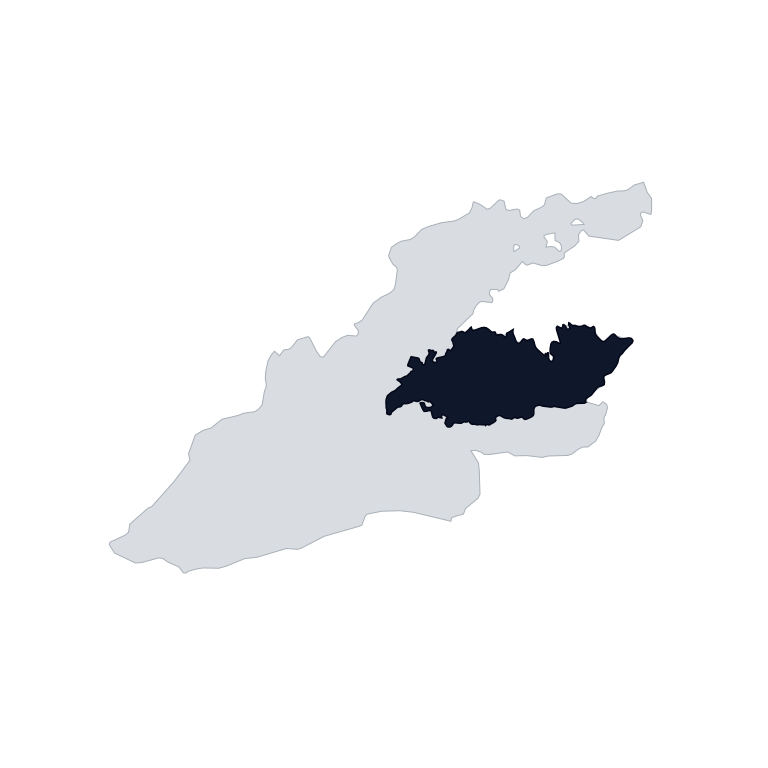 where Jalal-Abad sits in Kyrgyzstan, rotated 164°
{"feature_id": "KGZ-1120", "entity_name": "Jalal-Abad", "entity_type": "Region", "adm_level": 1, "iso_a3": "KGZ", "parent_name": "Kyrgyzstan", "parent_adm1": "", "projection": "albers", "projection_center": [73.017, 41.512], "detail": "fine", "context": "in_parent", "style": "filled", "palette": "ink", "viewbox_px": 768, "rotation_deg": 164, "n_neighbors": 0, "source": "natural_earth", "source_scale": "10m", "svg_char_len": 9824}
<svg xmlns="http://www.w3.org/2000/svg" viewBox="0 0 768 768"><g transform="rotate(164 384 384)"><path d="M175.5,456.4L177.4,455.2L183.3,454.1L195.3,453.2L199.4,454.2L207.5,459.3L213.7,458.8L214.9,459.5L217.2,463.6L226.0,457.7L232.3,455.9L235.6,449.9L242.4,442.6L248.2,441.5L248.3,442.7L249.4,443.8L255.3,445.5L257.1,443.6L258.0,440.9L256.0,436.7L256.0,434.9L257.9,432.4L267.2,436.4L269.3,436.4L273.6,434.1L277.5,430.2L279.0,427.1L298.1,417.0L299.5,415.1L299.2,413.8L291.2,411.5L287.6,412.8L284.2,412.8L282.2,411.3L272.5,410.7L270.4,409.6L263.9,402.3L256.0,397.7L252.1,397.9L247.5,399.8L246.0,398.9L245.8,392.0L244.9,387.8L242.1,386.9L238.6,388.5L228.8,386.1L227.8,377.4L224.2,369.7L219.2,366.6L219.0,362.0L217.3,360.1L215.7,360.6L213.7,362.9L214.6,367.9L213.8,373.0L212.6,375.5L210.3,377.4L207.8,377.4L203.4,374.7L202.4,390.1L201.5,391.0L196.3,388.7L192.0,389.6L185.7,388.5L181.0,385.8L171.8,382.8L167.5,379.8L165.1,369.5L162.6,365.7L160.3,364.9L150.4,368.2L140.5,361.6L135.5,360.1L134.3,358.2L134.6,355.8L150.2,344.9L156.4,337.2L160.3,333.9L169.9,330.7L172.2,323.5L173.1,322.7L182.9,319.4L193.9,313.3L194.1,311.6L193.1,310.0L183.4,304.0L178.5,306.6L175.6,303.1L175.7,299.7L179.1,293.9L181.9,291.0L183.1,285.3L187.1,281.6L191.3,275.6L196.3,270.8L205.4,267.3L210.4,268.6L215.2,267.8L222.6,264.9L227.1,264.7L245.9,269.5L252.1,269.8L266.7,275.9L278.2,278.9L283.8,284.6L302.3,287.2L307.3,288.9L309.2,291.6L314.4,295.1L318.9,295.9L314.9,282.2L316.4,274.0L322.1,251.6L325.1,248.3L340.0,241.8L343.4,237.1L354.1,237.1L356.3,236.2L357.5,233.6L390.9,252.5L403.6,257.8L421.2,262.3L435.9,263.6L438.4,262.3L444.1,254.5L446.8,254.1L483.4,254.1L509.3,248.9L513.1,249.0L523.0,252.8L554.0,252.5L566.2,254.6L585.4,252.4L593.5,252.4L608.5,257.0L613.7,257.8L623.3,258.0L626.8,256.8L629.0,257.9L631.6,264.7L641.3,272.9L644.9,277.4L648.5,279.0L665.8,279.1L672.4,280.5L689.6,295.8L692.4,305.3L690.9,307.5L674.1,310.1L670.4,311.9L666.9,319.4L644.7,329.9L641.3,330.0L611.9,348.7L591.6,364.1L591.1,370.9L579.5,386.9L570.3,389.3L562.3,389.4L549.5,394.8L532.7,394.0L526.9,394.6L515.9,393.0L511.5,394.3L506.9,397.6L500.9,410.1L498.4,413.1L497.3,416.0L496.6,422.0L494.3,428.4L489.2,438.1L484.6,442.8L480.3,445.7L476.6,440.0L471.0,444.3L465.6,443.6L462.4,445.0L455.0,450.3L444.0,450.5L442.7,448.8L440.1,434.9L438.0,428.3L436.3,426.9L434.4,426.8L418.8,438.2L411.5,440.3L405.5,440.8L397.5,437.7L395.8,438.5L394.5,440.3L394.0,442.6L396.4,448.8L395.8,450.0L392.2,450.0L387.3,451.5L372.2,464.7L362.6,468.2L353.7,469.7L348.4,472.1L345.4,476.9L339.6,490.3L339.9,493.0L342.4,496.6L344.3,504.6L343.9,506.7L339.1,513.4L333.0,515.5L328.1,516.5L318.8,515.7L314.0,517.1L305.3,522.2L298.0,523.1L284.4,523.2L271.0,521.3L266.6,521.9L254.7,524.9L250.6,529.5L248.4,533.8L247.2,534.4L242.5,530.4L236.5,523.5L233.5,523.6L222.8,529.1L221.2,528.9L218.2,526.7L218.7,518.0L215.3,516.2L208.0,515.6L205.6,513.7L206.5,508.1L205.7,506.0L203.8,504.3L200.0,504.7L192.4,509.2L183.4,510.6L180.4,512.1L176.7,518.1L164.9,519.0L161.1,517.6L154.2,506.1L148.1,504.2L141.8,504.4L133.3,507.1L131.3,504.6L129.1,503.9L127.1,505.8L116.7,505.8L106.1,505.1L100.1,503.5L96.2,503.5L88.3,506.3L78.8,506.4L78.2,495.8L75.6,488.6L78.9,477.1L80.7,473.4L87.7,478.1L90.2,477.4L91.0,475.2L90.1,469.9L93.9,464.3L119.0,457.4L146.3,469.7L149.7,477.2L152.1,477.0L156.0,473.8L157.3,467.5L162.8,464.1L174.8,460.2L175.5,456.4ZM189.1,482.5L189.7,481.5L187.7,476.0L190.6,470.9L185.0,470.0L182.2,468.4L179.1,463.2L178.1,462.9L176.4,464.3L175.4,467.6L176.1,471.3L180.0,474.9L178.0,482.1L186.2,483.1L189.1,482.5ZM160.1,486.8L159.9,485.3L158.0,484.5L147.7,482.2L148.0,483.7L151.9,489.2L154.9,489.6L160.1,486.8ZM222.0,478.8L222.6,475.4L216.4,477.3L215.6,479.0L217.7,481.2L220.4,482.0L222.0,478.8Z" fill="#d9dde1" stroke="#a8b0b8" stroke-width="1"/><path d="M177.5,322.3L179.8,321.9L187.7,316.2L192.3,314.9L194.4,313.5L195.3,310.8L195.1,310.7L196.5,310.3L203.8,312.1L204.5,312.2L205.3,312.2L207.3,311.6L209.1,310.9L216.0,310.7L217.5,311.2L226.6,315.5L227.4,315.7L228.5,315.5L230.3,315.9L237.5,319.0L238.5,319.6L239.9,320.8L243.4,321.0L244.5,320.8L245.5,320.2L246.8,318.7L247.3,317.3L247.9,315.0L248.3,314.0L248.8,313.1L249.5,312.4L250.8,311.9L251.8,311.6L256.0,311.0L257.7,311.0L258.4,311.2L259.3,312.0L259.9,313.6L260.6,314.0L261.6,314.3L263.3,314.2L265.3,314.3L267.2,315.5L268.1,315.9L270.3,315.1L271.2,315.1L273.0,316.2L276.0,317.3L277.2,318.0L278.3,318.8L280.9,321.6L281.7,321.9L282.6,322.0L284.3,321.8L285.5,321.3L286.1,320.6L286.3,320.0L286.4,318.3L287.4,317.5L288.8,316.9L294.1,315.6L294.6,315.7L295.0,316.2L296.3,316.7L298.0,316.1L298.3,317.1L298.5,317.4L298.8,317.5L299.2,317.4L299.8,317.4L300.5,317.6L303.4,318.7L305.9,319.1L306.5,319.4L307.3,320.2L307.6,320.4L308.6,320.4L309.9,320.8L310.9,321.4L311.7,322.2L312.1,323.2L312.5,324.6L312.7,324.9L312.9,325.0L314.5,324.6L315.0,324.6L317.4,325.5L318.2,325.5L319.9,325.1L320.6,325.0L321.4,325.2L326.5,327.1L327.1,327.2L328.0,327.0L328.4,326.8L329.5,325.6L331.4,324.6L332.2,324.5L333.4,324.7L334.7,325.3L335.3,326.3L336.2,329.4L335.8,330.3L334.6,332.2L334.0,333.3L333.7,333.6L333.4,333.8L332.0,334.0L331.9,334.1L331.8,334.4L332.0,334.7L333.2,335.7L334.5,337.3L335.2,337.8L335.8,338.2L336.3,338.2L336.7,338.0L337.2,337.7L337.5,337.3L337.7,336.8L337.7,336.3L337.7,335.4L339.7,336.3L341.1,337.3L341.4,337.2L342.9,336.4L343.1,336.4L345.2,337.2L345.7,337.6L346.2,338.6L346.3,339.7L346.3,340.8L346.1,345.3L346.4,345.6L348.4,346.0L350.8,346.1L352.6,346.5L353.0,346.7L353.2,347.0L353.4,347.7L353.8,349.2L354.6,355.1L354.6,355.7L354.2,355.9L353.4,355.9L351.6,355.3L350.9,354.8L350.5,354.2L350.7,352.7L350.5,351.5L350.3,350.9L350.0,350.3L349.5,349.9L348.5,349.3L347.4,349.0L345.2,348.7L344.8,348.8L344.1,349.1L342.4,350.6L342.5,351.1L342.8,351.1L343.4,352.0L344.2,354.1L344.5,354.6L345.5,354.4L346.7,354.9L347.1,355.3L347.7,356.1L348.0,356.3L349.1,356.6L350.6,358.0L351.8,358.6L352.5,358.6L353.1,358.6L354.9,358.0L355.8,357.9L357.1,358.1L357.8,358.4L358.5,358.8L359.7,359.8L360.0,359.9L361.8,359.1L363.1,358.9L365.9,358.7L368.9,359.1L369.7,359.5L370.3,359.7L371.0,359.6L372.2,359.0L373.3,358.0L373.9,357.7L375.0,357.6L375.6,357.7L376.6,358.0L377.5,357.9L384.4,354.8L385.1,354.2L385.3,353.6L385.4,353.3L386.1,352.9L387.3,352.9L388.9,354.0L389.4,354.5L389.5,355.1L388.6,357.3L388.5,358.1L388.4,360.5L388.3,361.3L387.8,362.9L387.2,365.7L386.5,367.8L386.2,368.5L384.3,371.3L383.9,371.8L383.4,372.1L381.8,372.7L379.8,373.7L378.9,374.0L375.4,374.6L374.6,374.9L373.7,375.3L372.2,376.2L367.8,377.9L367.2,378.2L367.0,378.5L367.0,379.1L367.7,381.0L368.0,381.5L369.6,383.7L370.3,384.4L370.2,384.6L369.9,384.8L369.1,385.0L367.5,384.5L366.7,384.3L362.2,385.4L359.4,385.5L357.7,386.6L355.9,387.3L354.9,388.4L354.4,388.6L353.0,388.6L352.5,388.8L352.2,389.3L351.7,390.3L351.6,390.8L351.8,391.4L356.1,394.9L356.0,395.5L355.3,396.7L350.4,402.8L343.9,399.5L343.6,399.1L343.4,398.6L343.3,397.4L343.3,396.5L343.3,395.8L343.0,395.2L341.8,394.3L341.5,393.9L341.4,393.2L341.5,392.2L341.5,391.8L341.2,391.6L340.6,391.4L339.7,391.5L338.8,392.6L335.9,397.6L335.5,397.9L333.4,399.4L332.7,400.1L332.3,400.7L332.1,401.3L332.0,401.9L332.1,403.9L332.0,404.2L331.8,404.4L331.5,404.4L330.7,404.2L329.3,403.1L327.9,402.9L327.5,402.7L327.3,402.4L327.1,401.1L327.0,400.8L326.7,400.7L325.3,400.6L325.0,400.4L324.9,400.1L325.3,399.4L326.0,398.6L330.7,394.1L331.0,393.5L331.1,393.1L330.9,392.5L329.6,390.7L329.4,390.5L329.1,390.5L327.4,390.8L327.0,391.0L326.8,391.2L326.6,391.9L326.9,393.0L327.0,393.6L326.8,393.9L326.5,394.1L325.7,394.3L325.1,394.4L320.3,394.0L318.4,394.1L317.8,393.9L317.2,394.5L316.2,396.2L315.8,396.7L314.7,397.6L313.8,399.3L313.3,399.6L312.5,399.6L312.2,399.4L311.8,398.7L311.3,398.0L311.0,397.8L310.7,397.8L310.3,398.0L307.4,400.2L306.5,401.3L306.3,402.1L306.3,402.8L306.4,403.8L306.2,405.2L306.2,405.5L306.6,406.8L306.7,407.2L306.5,408.1L306.0,408.7L305.2,409.3L301.9,410.8L299.4,413.3L298.1,413.0L294.8,413.2L293.6,412.4L292.8,411.3L291.9,410.7L287.8,412.7L285.2,414.5L284.4,414.6L284.6,413.3L284.3,411.2L282.2,410.6L274.9,411.2L272.5,410.9L270.3,409.9L268.6,408.0L266.2,404.2L265.1,403.8L263.7,403.7L262.7,403.1L262.7,401.4L262.8,401.0L262.8,400.6L262.6,400.3L262.3,400.1L259.3,399.7L257.7,399.3L256.6,398.5L255.0,396.0L254.2,395.5L253.2,396.3L252.9,396.8L252.2,398.8L251.8,399.1L249.7,399.4L244.8,400.8L245.6,399.1L246.0,397.8L246.0,396.3L245.5,392.4L245.4,390.3L245.2,388.2L244.5,386.8L243.1,385.9L241.7,386.1L240.4,387.0L239.2,388.1L237.5,389.0L236.6,388.5L235.7,387.3L234.4,386.1L229.9,386.8L228.5,386.1L228.2,383.0L228.4,379.8L228.1,377.3L227.2,375.1L222.1,367.2L221.6,366.8L221.2,366.6L220.8,366.9L220.8,368.4L220.3,368.8L219.8,368.6L219.5,367.4L218.9,367.1L218.6,367.5L218.4,368.3L218.1,368.9L217.5,368.7L217.5,367.8L218.6,363.7L218.6,362.1L218.3,360.6L217.6,359.6L216.4,359.4L215.2,359.9L214.5,360.7L213.3,363.6L213.9,364.8L215.4,366.9L215.6,368.3L215.3,369.8L214.5,372.2L212.6,376.3L211.0,377.9L209.1,378.2L206.7,377.1L204.0,374.5L203.3,374.3L202.9,375.2L203.2,388.1L202.8,390.7L201.5,391.8L197.8,388.4L196.3,390.2L195.7,391.6L194.9,391.6L194.2,390.8L193.7,389.8L193.1,387.0L192.5,386.0L191.1,385.9L190.0,386.5L189.8,387.5L190.0,388.9L190.1,390.4L189.5,391.9L188.7,391.3L187.3,388.8L186.4,388.1L184.3,387.7L183.3,387.1L182.2,386.2L180.9,385.6L178.3,385.0L175.9,385.4L174.8,385.2L173.8,384.2L173.0,383.1L172.1,382.1L171.1,381.4L170.1,380.9L168.8,381.0L167.7,381.5L166.8,381.6L166.1,380.6L166.0,379.3L167.0,374.7L166.9,373.1L166.4,371.6L163.4,366.1L162.5,364.8L161.5,364.1L159.6,364.3L152.6,368.1L150.7,368.8L149.4,368.7L148.5,367.9L147.3,365.2L146.5,364.2L145.6,363.3L143.5,361.9L135.7,360.8L133.6,359.6L132.7,357.2L133.9,355.3L143.1,350.3L146.5,347.7L148.4,346.9L150.1,345.8L151.4,343.9L153.2,340.4L155.7,337.6L161.3,333.1L163.0,332.1L168.6,331.6L170.5,330.9L171.2,329.7L171.4,325.4L172.5,322.7L174.8,322.2L177.5,322.3Z" fill="#0f172a" stroke="#020617" stroke-width="1.5"/></g></svg>